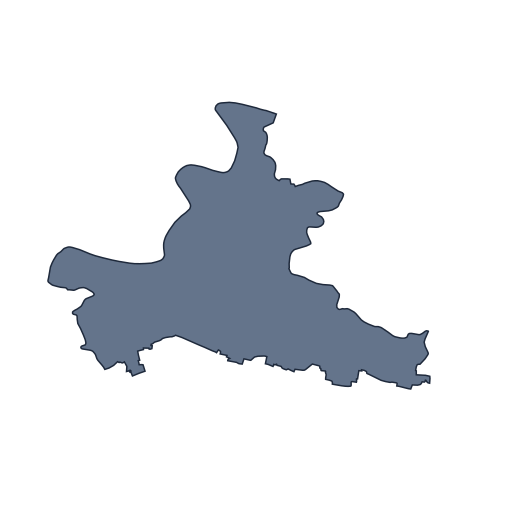 outline of Binh Luc, Hà Nam, Vietnam, rotated 283°
{"feature_id": "81297802B47692200365960", "entity_name": "Binh Luc", "entity_type": "district", "adm_level": 2, "iso_a3": "VNM", "parent_name": "Vietnam", "parent_adm1": "Hà Nam", "projection": "equal_earth", "projection_center": [106.037, 20.489], "detail": "fine", "context": "isolated", "style": "filled", "palette": "slate", "viewbox_px": 512, "rotation_deg": 283, "n_neighbors": 0, "source": "geoboundaries", "source_scale": "gbopen_adm2", "svg_char_len": 6121}
<svg xmlns="http://www.w3.org/2000/svg" viewBox="0 0 512 512"><g transform="rotate(283 256 256)"><path d="M398.9,243.9L400.0,233.2L399.9,231.1L400.0,227.1L400.4,223.0L400.7,208.4L400.5,201.5L399.7,195.4L397.2,187.4L396.4,185.8L395.5,184.6L393.4,183.3L391.0,183.0L389.5,183.4L388.9,183.9L376.7,198.1L366.3,208.6L363.5,211.1L362.1,212.1L357.8,214.1L351.8,214.2L343.9,213.8L336.2,212.1L332.7,210.2L331.5,208.8L330.5,207.1L329.8,205.2L329.6,203.0L329.6,199.4L329.7,194.6L330.6,186.4L330.8,182.7L330.6,176.0L330.2,172.5L329.8,171.1L328.6,168.3L327.3,166.6L325.8,165.0L323.6,163.2L320.6,161.4L317.3,160.4L314.5,159.9L313.3,160.1L311.2,161.2L308.7,163.1L306.8,165.0L305.0,167.2L294.5,178.0L291.7,180.3L290.7,180.8L289.2,181.1L286.9,180.8L282.4,177.8L278.2,174.3L270.6,169.4L261.3,165.6L255.7,163.9L253.7,163.5L250.5,163.2L248.2,163.2L246.0,163.5L242.9,164.3L236.9,166.5L235.7,166.7L234.5,166.5L232.4,165.9L230.7,164.6L229.7,163.3L227.9,160.3L225.5,155.6L223.8,149.9L222.3,144.4L221.2,139.3L220.6,134.6L219.9,123.7L219.7,116.6L219.8,107.1L220.1,99.2L220.7,93.7L222.5,82.8L223.0,75.1L222.9,72.6L222.6,71.3L222.0,70.1L220.3,67.5L219.6,66.9L216.2,64.8L213.7,62.4L211.9,61.4L206.6,59.7L203.4,58.9L199.0,58.2L188.3,58.8L185.7,58.8L184.8,58.9L183.8,59.7L182.1,63.4L181.8,64.7L181.6,69.6L181.6,72.8L182.2,77.4L182.1,78.2L181.6,79.0L180.7,80.2L181.1,81.8L181.6,86.1L182.1,87.1L184.9,90.8L185.6,92.4L186.4,94.8L186.5,96.0L186.2,98.4L184.2,104.6L183.7,105.6L182.8,106.6L181.9,107.0L180.3,106.0L176.2,100.1L175.4,99.4L174.1,98.7L168.7,97.3L167.4,96.7L164.1,93.7L162.3,91.6L160.8,90.2L160.1,89.9L158.8,90.2L158.2,91.1L158.1,94.2L157.6,94.9L156.5,95.4L153.9,96.1L150.1,97.6L145.8,101.4L140.2,105.6L136.1,108.4L133.6,109.6L132.4,109.9L131.2,109.7L130.8,109.3L129.2,106.7L128.7,106.2L128.0,105.9L127.3,106.0L126.9,106.3L126.5,107.0L126.4,107.7L126.9,115.6L126.8,117.0L126.4,118.5L125.1,120.3L123.9,121.7L120.1,124.1L118.8,125.4L115.1,130.4L113.3,132.6L111.5,134.2L113.8,138.0L117.4,141.9L121.9,144.9L121.4,146.6L122.0,147.2L121.7,149.7L122.3,150.7L123.2,151.6L119.4,155.0L114.3,155.8L115.0,157.1L116.4,159.0L115.9,159.9L114.9,158.7L114.4,159.4L114.8,160.2L111.3,162.6L115.4,168.4L118.8,173.8L124.6,170.4L124.5,169.2L123.8,166.6L125.1,166.1L127.6,164.8L128.3,166.1L132.8,163.8L136.7,162.1L138.1,164.6L139.5,167.4L141.0,167.0L142.1,172.4L141.3,172.7L141.3,173.7L142.3,175.4L145.2,175.1L145.2,173.8L146.5,173.7L147.0,174.8L149.2,176.5L151.7,180.8L152.9,182.3L154.6,183.5L156.2,186.2L157.9,190.4L158.4,192.3L159.9,194.7L160.7,195.4L159.9,202.4L156.6,219.8L155.4,226.8L153.8,234.9L153.4,238.0L152.9,239.3L156.0,240.5L155.7,241.6L155.0,242.9L154.2,243.1L152.5,243.1L152.6,250.1L151.1,249.9L150.3,253.4L149.6,252.6L148.9,252.1L148.1,251.9L147.6,252.0L148.0,261.0L147.3,263.2L147.3,264.3L147.6,266.9L153.1,267.4L153.1,273.8L153.2,274.4L157.1,277.2L157.5,277.8L158.8,280.5L160.4,286.4L160.5,287.3L160.4,289.2L153.1,289.4L153.1,292.3L152.2,297.4L153.2,297.7L154.4,297.7L154.3,299.0L154.4,299.4L155.2,300.1L155.2,300.4L154.2,301.0L154.1,305.3L152.8,306.5L152.3,307.9L151.9,311.1L153.2,312.7L152.4,315.8L151.8,319.0L154.4,319.5L155.2,327.4L155.7,328.9L156.5,329.8L163.4,335.2L163.2,341.9L163.0,342.9L161.2,343.4L160.9,344.4L159.2,345.1L159.0,345.4L159.5,349.2L159.5,349.5L159.2,349.8L158.1,349.9L156.5,350.9L155.8,351.1L152.8,351.3L151.5,351.6L151.5,355.4L151.2,357.9L150.8,358.4L149.5,359.0L148.3,359.2L148.8,368.5L149.2,372.3L149.7,375.1L150.5,377.6L151.5,377.8L154.3,377.1L155.0,377.3L155.3,378.3L155.6,382.2L156.7,382.2L158.4,381.6L158.9,381.6L159.1,382.6L167.4,382.0L167.8,384.9L168.9,384.5L168.9,387.2L168.4,389.2L168.0,389.8L166.6,390.4L166.4,390.8L166.2,392.3L163.0,405.9L162.8,410.4L163.0,415.1L163.7,416.8L164.0,421.6L163.5,422.2L161.0,422.4L161.2,424.6L161.0,434.3L161.2,436.7L165.5,437.3L166.5,442.5L167.7,444.9L168.8,445.7L170.8,446.2L171.0,448.4L171.3,448.7L171.9,448.9L173.1,449.0L173.1,449.6L172.2,450.3L171.2,451.8L171.1,452.8L171.1,453.8L175.7,453.1L177.9,452.4L177.9,448.1L176.3,438.9L180.2,438.0L180.3,437.3L183.9,437.1L186.0,437.4L186.5,437.7L186.9,438.3L187.5,440.2L193.9,443.9L198.1,445.5L199.2,445.8L200.0,445.7L200.7,445.3L205.8,441.3L209.9,439.2L213.3,439.4L221.3,440.9L221.6,440.6L221.5,439.0L220.8,437.9L218.0,435.5L216.3,433.5L216.0,432.4L215.6,425.2L215.3,423.7L214.9,422.7L213.9,421.9L211.2,421.4L210.7,421.1L209.8,419.8L209.3,418.9L208.8,416.7L208.6,414.7L208.6,409.4L209.2,407.0L211.6,401.6L214.2,394.8L214.5,393.7L214.7,391.0L214.0,387.9L214.0,387.1L214.9,380.9L216.1,376.1L217.4,373.0L222.2,366.4L223.0,365.0L223.5,364.0L225.1,358.6L225.2,356.7L224.3,354.0L224.1,352.0L223.2,350.5L222.7,349.3L222.7,348.5L222.9,348.0L223.9,346.6L224.3,346.2L225.7,346.0L226.3,345.6L234.8,346.3L237.1,345.9L237.7,345.6L238.8,344.0L240.0,342.8L243.8,338.0L244.3,337.2L244.3,334.5L243.2,327.7L242.9,321.0L244.4,313.0L246.0,308.0L246.5,300.8L246.4,297.5L246.6,295.7L247.0,294.3L248.4,293.0L251.1,290.9L251.8,291.1L256.0,290.0L262.9,289.2L266.1,289.4L268.4,290.3L270.3,291.5L271.2,292.5L277.1,302.8L279.1,305.4L280.3,306.6L281.1,306.4L282.1,305.9L285.2,303.4L288.3,301.2L290.2,300.1L292.8,299.6L295.1,299.8L295.9,300.6L296.4,301.5L297.5,308.1L298.2,310.1L299.9,312.5L301.6,313.8L302.6,314.3L304.9,314.3L306.8,313.4L308.8,311.1L309.8,307.6L310.3,306.7L310.9,306.0L311.9,305.9L312.8,306.7L313.7,308.4L316.3,316.4L318.0,319.8L320.6,322.9L322.0,324.3L323.2,325.0L326.4,325.4L330.0,326.7L333.5,327.4L335.7,327.4L336.1,327.2L337.0,325.9L337.2,324.9L337.8,321.2L340.6,313.5L342.0,310.1L343.1,306.2L343.3,302.5L343.2,299.2L342.6,296.6L341.7,293.9L337.9,287.2L336.2,285.1L334.4,281.5L332.5,278.6L333.2,278.2L334.6,276.7L334.2,274.9L334.1,273.7L338.5,271.8L338.3,269.7L336.9,263.5L336.2,262.6L334.6,261.6L335.4,258.7L336.3,257.3L337.7,256.2L339.1,255.7L340.4,255.4L344.5,255.6L348.4,254.9L350.5,254.0L351.7,253.2L353.7,251.0L355.1,248.6L355.7,247.2L356.1,243.7L356.6,242.0L357.9,240.7L358.6,240.4L359.9,240.3L362.7,240.6L366.3,240.6L367.4,241.0L368.6,241.1L371.1,240.9L374.3,240.3L376.1,239.6L377.8,238.5L378.7,237.6L379.7,235.1L380.9,234.6L382.4,234.5L383.5,234.9L389.6,242.8L398.9,243.9Z" fill="#64748b" stroke="#1e293b" stroke-width="1.5"/></g></svg>